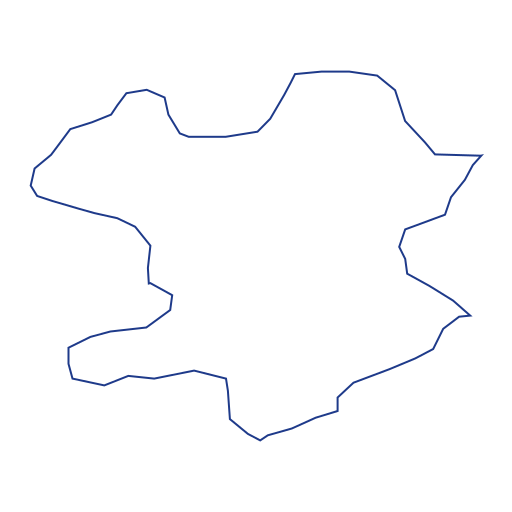 the district of Skövde, Västra Götaland, Sweden
{"feature_id": "70781695B28625719623637", "entity_name": "Skövde", "entity_type": "district", "adm_level": 2, "iso_a3": "SWE", "parent_name": "Sweden", "parent_adm1": "Västra Götaland", "projection": "natural_earth1", "projection_center": [13.916, 58.441], "detail": "fine", "context": "isolated", "style": "outline", "palette": "blue", "viewbox_px": 512, "rotation_deg": 0, "n_neighbors": 0, "source": "geoboundaries", "source_scale": "gbopen_adm2", "svg_char_len": 1073}
<svg xmlns="http://www.w3.org/2000/svg" viewBox="0 0 512 512"><path d="M337.6,411.0L337.6,397.5L353.5,382.7L389.4,369.2L415.3,358.4L433.2,349.0L443.2,328.8L459.1,316.7L470.2,315.6L453.1,300.6L429.2,285.8L407.2,273.7L405.2,258.9L399.2,246.9L405.2,229.4L445.0,214.7L451.0,197.2L464.9,179.8L472.8,165.1L481.3,155.6L480.8,155.7L435.0,154.4L425.0,142.4L405.1,121.0L395.1,90.2L377.2,75.6L349.3,71.6L321.5,71.6L295.0,74.1L290.6,82.9L284.2,94.9L270.2,118.8L257.5,131.7L225.7,136.8L188.7,136.8L179.8,133.4L168.4,114.6L164.6,97.5L146.7,89.8L126.4,93.2L117.4,105.2L111.1,114.6L96.2,120.6L91.9,122.3L70.3,129.1L60.1,142.8L51.1,154.8L34.6,168.5L30.7,185.6L37.1,195.9L38.2,196.3L52.4,201.0L79.1,208.8L94.4,213.1L117.3,218.2L135.2,226.8L150.4,245.7L147.9,268.0L148.8,283.5L150.3,283.1L172.2,295.2L170.2,310.0L146.3,327.5L110.4,331.5L90.4,336.9L68.5,347.7L68.5,363.8L72.5,378.6L104.3,385.4L128.3,375.9L154.2,378.6L194.1,370.6L226.0,378.6L227.9,390.8L229.9,419.1L247.9,433.9L260.2,440.4L267.8,435.3L291.8,428.5L315.7,417.7L337.6,411.0Z" fill="none" stroke="#1e3a8a" stroke-width="2"/></svg>